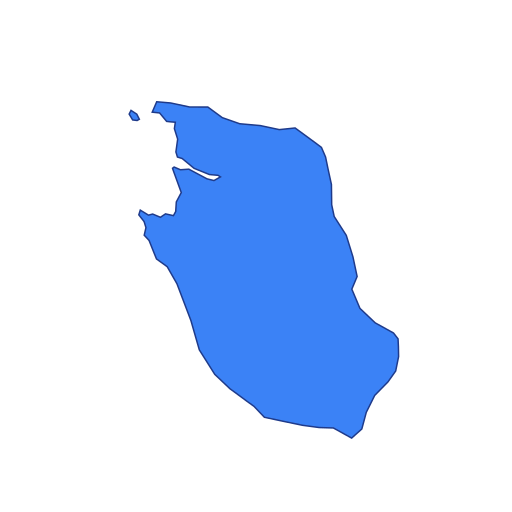 Hamhung City, Hamgyŏng-namdo, North Korea, rotated 125°
{"feature_id": "82179303B86824596043159", "entity_name": "Hamhung City", "entity_type": "district", "adm_level": 2, "iso_a3": "PRK", "parent_name": "North Korea", "parent_adm1": "Hamgyŏng-namdo", "projection": "orthographic", "projection_center": [127.611, 39.908], "detail": "fine", "context": "isolated", "style": "filled", "palette": "blue", "viewbox_px": 512, "rotation_deg": 125, "n_neighbors": 0, "source": "geoboundaries", "source_scale": "gbopen_adm2", "svg_char_len": 1264}
<svg xmlns="http://www.w3.org/2000/svg" viewBox="0 0 512 512"><g transform="rotate(125 256 256)"><path d="M380.2,180.0L380.3,171.4L383.3,156.6L375.7,138.7L368.0,120.8L360.3,105.9L352.5,94.0L350.3,73.2L345.9,72.2L337.0,70.1L320.8,76.0L302.1,78.8L283.5,75.7L270.1,75.6L256.6,81.5L248.5,87.4L242.4,92.1L240.2,99.2L242.4,120.0L239.3,140.8L228.2,158.5L214.8,161.4L201.1,176.1L187.3,193.9L178.8,214.6L170.6,223.4L154.2,235.2L143.3,247.0L135.0,255.8L129.5,264.7L129.3,270.6L128.7,297.4L139.1,309.4L146.7,327.3L157.0,345.2L162.0,363.0L161.6,380.9L172.0,395.8L179.6,413.7L186.6,425.8L197.7,423.5L194.1,417.0L197.0,406.4L195.2,403.1L192.7,398.8L198.5,395.9L205.2,387.2L216.7,381.3L220.0,377.1L218.5,372.4L219.7,357.0L216.0,340.9L211.7,333.4L211.6,330.5L218.3,333.7L220.9,340.4L223.4,360.8L228.7,367.4L230.1,374.1L232.0,374.7L233.5,372.7L246.9,353.6L257.4,352.3L265.6,347.3L270.3,346.8L273.4,354.3L279.1,356.5L280.9,364.7L284.2,367.5L284.8,377.1L289.5,375.6L292.0,367.4L295.9,362.4L303.1,359.5L304.6,352.5L312.6,340.3L315.5,335.8L315.7,322.6L324.1,304.8L346.2,272.3L365.4,248.6L376.6,221.9L379.7,201.1L380.0,186.3L380.2,180.0ZM212.5,441.3L215.3,435.1L213.2,431.1L210.9,430.0L208.2,435.0L208.4,441.9L212.5,441.3Z" fill="#3b82f6" stroke="#1e3a8a" stroke-width="1.5"/></g></svg>